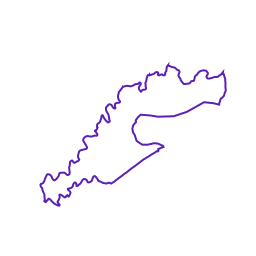 Riche Fond, Dennery, Saint Lucia, rotated 147°
{"feature_id": "8701671B84932876584417", "entity_name": "Riche Fond", "entity_type": "district", "adm_level": 2, "iso_a3": "LCA", "parent_name": "Saint Lucia", "parent_adm1": "Dennery", "projection": "mercator", "projection_center": [-60.921, 13.935], "detail": "fine", "context": "isolated", "style": "outline", "palette": "violet", "viewbox_px": 256, "rotation_deg": 147, "n_neighbors": 0, "source": "geoboundaries", "source_scale": "gbopen_adm2", "svg_char_len": 5935}
<svg xmlns="http://www.w3.org/2000/svg" viewBox="0 0 256 256"><g transform="rotate(147 128 128)"><path d="M183.6,105.8L183.0,106.0L182.1,105.8L181.9,105.6L181.8,105.0L181.5,104.2L181.5,102.1L181.3,101.2L181.7,100.5L181.7,100.1L181.6,99.7L180.4,98.2L178.8,95.5L178.4,95.0L176.5,93.4L175.9,93.0L174.0,92.6L173.4,92.3L173.0,91.3L172.4,90.6L168.2,90.5L167.2,90.8L165.0,90.8L163.5,91.0L157.8,91.3L156.7,91.5L153.8,91.5L147.0,92.2L143.0,92.3L131.8,93.2L130.7,93.0L129.3,93.1L126.4,92.9L123.2,93.0L118.1,92.7L116.9,93.0L116.4,92.8L115.6,92.1L115.2,92.1L114.3,93.1L114.2,93.9L114.0,94.0L112.5,93.5L110.6,93.3L108.6,92.7L108.4,94.0L109.8,96.1L111.1,98.3L114.1,100.9L120.8,103.4L125.2,106.3L127.8,112.5L126.2,118.3L126.2,121.6L124.6,125.2L122.0,127.5L119.5,128.3L118.1,128.5L117.4,130.2L113.9,131.6L110.1,132.2L102.4,126.3L96.7,121.1L83.3,113.0L70.0,109.5L50.2,108.2L42.9,102.3L38.9,98.0L38.4,98.3L37.9,99.2L37.7,99.4L36.3,100.3L35.9,100.8L34.7,101.7L33.7,102.1L31.9,102.2L31.4,102.4L30.3,102.6L28.8,103.7L27.9,104.7L26.6,105.4L25.3,106.6L24.6,108.1L23.5,110.1L21.8,112.5L20.8,114.6L19.9,115.8L18.9,119.5L18.4,120.5L18.5,121.0L19.2,121.7L18.0,123.1L20.9,122.2L23.1,122.3L24.6,122.0L25.8,122.5L27.7,123.7L29.6,124.1L32.0,124.8L33.6,125.6L34.0,126.0L34.4,126.5L34.4,127.9L34.1,128.5L33.6,128.8L32.8,129.1L31.8,129.7L31.2,130.3L31.1,131.4L31.2,133.1L31.5,133.7L32.4,134.6L33.2,135.2L34.9,135.9L36.7,136.3L37.8,136.3L39.6,135.9L40.7,135.2L43.2,135.0L44.0,134.5L46.1,132.5L46.6,132.0L47.3,131.7L48.9,132.6L49.5,132.7L49.9,132.7L51.0,132.1L51.6,132.0L52.4,132.0L56.9,134.2L57.3,134.7L57.5,136.0L57.7,139.5L57.2,140.8L57.4,143.3L57.2,144.2L57.0,144.8L55.9,145.8L54.6,146.6L54.3,146.9L54.1,147.3L54.0,148.2L54.1,148.7L54.8,149.5L55.0,149.8L55.5,152.0L56.0,153.3L57.7,155.0L58.7,156.3L59.1,157.0L59.9,157.9L60.3,158.5L59.9,159.0L62.0,158.3L62.6,157.5L63.2,157.0L64.5,155.2L64.9,154.9L66.3,154.3L67.0,153.8L67.7,152.6L68.3,152.4L69.3,152.6L69.9,153.2L70.0,154.1L70.2,154.4L70.6,154.6L71.9,155.0L72.6,155.0L73.4,155.2L73.9,156.0L73.8,156.7L73.4,157.1L72.9,157.2L72.7,157.5L72.7,158.4L72.8,158.7L73.1,159.0L73.9,159.5L74.6,159.6L75.6,159.5L76.7,159.3L77.2,159.3L78.4,159.8L79.2,160.0L80.0,160.0L81.1,160.4L81.2,160.5L81.0,161.1L81.4,160.9L81.9,161.0L82.5,161.5L82.8,161.4L83.1,161.3L84.4,160.1L85.3,159.6L85.7,159.2L86.1,158.4L86.7,158.0L87.5,157.1L88.9,156.3L89.4,155.4L89.7,154.5L90.7,153.2L90.9,152.0L91.3,151.3L92.0,150.9L92.7,150.9L94.8,152.0L96.1,151.9L96.7,151.4L96.9,151.4L97.3,151.4L97.7,152.9L97.6,154.1L97.4,155.1L96.6,156.3L93.8,157.6L93.3,158.0L93.1,158.3L93.0,159.3L93.2,159.6L93.6,159.9L94.7,159.8L95.2,159.5L95.8,159.6L98.2,160.8L100.2,160.8L103.0,161.4L105.2,163.4L106.2,164.1L106.9,164.4L109.3,165.1L109.6,165.5L110.0,165.1L111.5,164.7L113.5,163.9L115.9,163.2L117.1,162.0L118.8,160.6L119.7,159.0L120.4,156.9L120.2,154.9L120.3,154.4L120.5,154.3L121.1,154.0L121.6,154.0L123.8,155.2L125.2,155.4L125.6,155.3L126.9,153.7L127.4,152.9L127.6,151.7L128.0,151.4L128.4,151.5L129.0,152.1L129.2,152.4L129.4,153.8L129.3,156.2L129.9,157.3L130.6,158.0L130.8,158.1L131.8,158.2L132.9,157.7L134.9,157.3L135.4,157.0L135.9,156.4L136.8,154.5L137.0,153.9L137.0,151.1L137.3,149.2L138.0,147.8L138.3,146.7L139.0,145.5L139.2,144.7L139.7,143.6L140.0,143.3L141.5,143.5L142.0,143.9L142.1,145.0L142.6,146.4L142.5,147.5L142.7,148.8L142.6,149.1L142.6,149.8L142.5,151.2L142.3,151.8L142.3,152.3L142.5,152.6L142.8,152.8L143.6,152.5L145.1,150.8L146.8,149.5L147.8,148.6L149.0,148.1L150.9,148.1L151.9,147.7L153.3,146.2L153.4,145.9L153.3,144.9L153.9,144.7L154.3,144.2L155.1,143.9L155.7,143.5L156.8,143.8L157.2,143.7L157.4,142.7L157.0,142.2L157.2,141.2L157.0,140.2L157.2,139.2L157.6,138.8L158.0,138.6L158.4,138.6L158.9,138.8L160.2,139.9L162.6,140.4L163.3,140.8L165.0,142.0L166.0,143.1L166.8,143.5L168.2,143.9L168.8,143.9L169.8,143.7L171.6,142.9L172.4,142.0L172.6,138.8L172.6,136.2L172.9,134.3L173.3,133.5L173.6,133.4L174.5,133.2L177.4,134.3L180.4,135.2L180.7,135.2L181.8,134.9L184.9,132.2L185.8,130.7L186.0,129.3L186.0,128.3L186.1,128.1L187.3,127.5L188.2,127.5L189.0,127.8L191.3,127.8L192.1,128.1L192.4,128.7L192.4,130.8L192.6,131.2L193.1,131.4L193.6,131.4L195.1,131.1L196.0,129.9L196.5,129.6L197.0,128.6L197.4,128.1L198.3,127.5L199.0,126.8L200.1,124.5L201.1,122.5L201.6,121.8L202.6,121.1L203.2,121.1L204.4,121.6L204.9,122.5L205.2,124.1L205.7,125.0L206.2,125.5L207.2,126.2L209.5,127.4L209.9,127.4L210.4,127.2L212.1,125.7L215.3,124.3L217.6,124.1L218.1,124.1L218.5,124.4L218.6,124.6L218.9,125.5L218.9,127.3L218.5,128.9L218.8,131.2L220.1,132.7L220.6,133.0L221.6,132.9L224.9,130.9L227.2,129.0L227.9,128.8L229.1,128.1L230.2,128.1L231.6,128.5L232.2,128.2L232.6,127.6L232.9,126.7L233.0,126.2L232.8,124.6L232.8,124.0L233.2,123.3L233.5,122.5L234.0,120.1L234.2,118.1L234.5,117.4L235.4,116.0L236.8,113.3L237.3,112.4L238.0,112.2L237.9,111.6L237.4,110.7L236.8,110.8L236.5,111.1L236.3,111.6L236.0,111.6L235.5,111.2L235.2,111.2L234.7,111.2L233.9,111.8L233.3,112.0L232.7,111.7L232.1,110.3L231.9,108.5L231.0,104.8L230.4,103.6L229.1,101.4L228.7,100.9L228.0,100.3L227.4,100.6L227.1,101.3L227.5,103.2L227.4,104.3L227.1,104.6L226.5,104.9L225.0,105.6L223.8,106.5L223.2,107.0L222.6,107.8L222.3,108.9L221.9,109.2L221.6,109.3L220.8,108.8L220.5,108.4L220.1,107.2L219.8,106.7L219.2,104.9L218.9,104.3L218.3,104.1L217.6,104.3L217.3,104.2L216.7,104.7L215.5,104.6L215.5,103.5L215.4,103.2L215.2,102.9L214.8,102.9L214.5,103.0L213.1,103.9L212.3,104.3L211.6,104.9L211.3,105.4L211.4,107.0L211.9,108.9L211.7,109.6L211.5,109.8L208.6,108.7L207.2,108.8L205.9,109.3L204.5,110.7L202.8,111.3L202.2,111.3L202.0,111.0L201.7,110.3L201.6,109.7L201.8,109.0L202.3,108.5L202.7,107.6L202.7,107.4L202.5,107.1L202.1,106.9L201.5,106.8L200.3,107.2L198.4,107.3L196.9,107.9L194.9,109.1L192.7,109.3L192.0,108.6L191.4,107.9L191.0,106.7L191.3,104.6L191.1,104.1L190.6,103.8L189.8,103.5L188.9,103.4L187.5,103.4L187.0,103.5L186.6,103.8L185.7,104.7L185.3,105.0L183.7,105.9L183.6,105.8Z" fill="none" stroke="#5b21b6" stroke-width="2"/></g></svg>